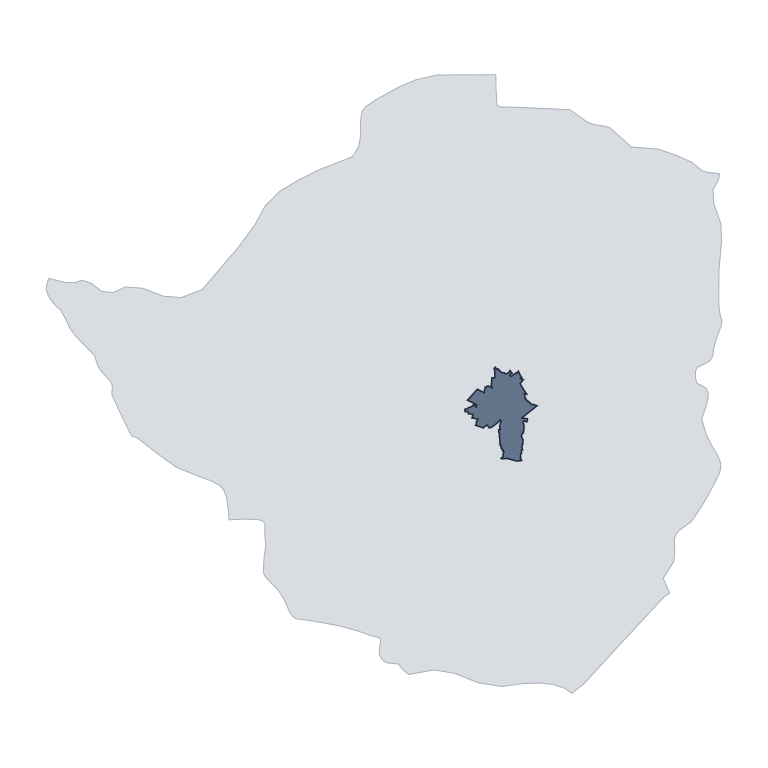 location of Chirumhanzu, Midlands, Zimbabwe
{"feature_id": "62879985B8175030067165", "entity_name": "Chirumhanzu", "entity_type": "district", "adm_level": 2, "iso_a3": "ZWE", "parent_name": "Zimbabwe", "parent_adm1": "Midlands", "projection": "orthographic", "projection_center": [30.527, -19.353], "detail": "fine", "context": "in_parent", "style": "filled", "palette": "slate", "viewbox_px": 768, "rotation_deg": 0, "n_neighbors": 0, "source": "geoboundaries", "source_scale": "gbopen_adm2", "svg_char_len": 7369}
<svg xmlns="http://www.w3.org/2000/svg" viewBox="0 0 768 768"><path d="M571.8,693.3L564.1,688.0L553.6,684.6L540.3,683.0L523.0,683.6L501.7,686.5L478.9,683.0L454.4,673.3L434.1,669.9L409.9,674.3L408.9,674.4L404.6,671.2L398.0,664.0L386.9,662.9L383.9,661.2L381.4,658.6L379.7,655.2L379.1,651.4L380.8,639.7L379.8,638.3L376.8,637.0L370.7,635.6L356.1,630.4L337.6,625.5L307.8,620.2L296.2,618.8L293.5,617.1L290.0,612.9L284.1,599.4L278.6,590.6L265.5,577.0L263.3,572.8L263.8,561.8L264.6,553.0L265.8,545.5L265.1,538.5L264.7,529.8L265.1,523.9L263.3,521.4L258.6,519.7L245.2,519.1L229.1,519.8L228.4,510.9L226.6,497.3L223.4,489.4L219.6,485.4L212.1,481.3L197.0,475.7L176.3,467.2L158.5,454.4L138.0,438.5L131.6,435.8L123.8,420.6L111.8,394.5L112.4,385.7L110.5,381.5L99.2,368.8L96.6,362.1L94.4,355.4L76.4,336.9L70.2,328.8L65.3,318.3L60.6,309.9L56.6,306.6L51.5,301.0L47.8,294.5L46.1,289.6L47.2,283.0L48.8,278.4L65.7,282.6L74.8,282.7L81.9,280.2L90.9,283.1L101.6,291.3L113.2,292.7L125.5,287.0L142.4,288.2L163.8,296.3L181.4,297.6L202.2,289.6L220.5,268.1L237.8,248.0L254.8,224.9L265.0,206.2L280.1,191.0L300.3,179.1L320.8,169.1L352.4,156.8L358.6,146.8L360.6,136.0L360.5,121.1L362.1,111.3L365.3,106.9L370.6,103.4L377.4,98.9L398.2,87.3L415.7,79.9L437.1,75.0L460.5,74.9L483.0,74.8L495.8,74.7L496.0,89.1L497.0,105.3L499.5,106.9L516.4,107.3L543.6,108.5L569.8,109.6L586.4,121.5L592.0,124.0L609.4,127.3L631.4,147.0L658.0,149.1L676.3,155.4L692.3,162.4L701.6,170.5L707.5,172.4L715.6,173.1L719.6,173.9L718.6,179.8L713.1,189.5L713.7,203.6L720.8,223.3L721.6,240.3L719.0,270.3L718.7,299.3L719.3,309.7L720.4,316.6L721.9,320.4L721.6,324.7L717.0,336.8L713.3,349.6L713.1,354.8L711.7,358.3L709.1,361.5L697.5,367.3L695.5,370.9L695.5,377.6L696.8,383.2L701.1,385.3L706.3,388.5L708.2,392.7L708.2,397.1L706.5,405.2L701.7,418.7L706.1,434.2L711.1,444.4L718.0,456.1L720.8,463.3L720.6,468.5L719.4,473.5L708.6,494.6L700.8,507.7L691.3,521.7L678.9,530.5L675.7,534.7L674.4,539.6L674.7,550.2L674.0,561.3L663.3,578.2L669.6,593.0L668.1,594.3L664.6,596.4L649.4,612.7L634.0,629.3L622.8,641.4L610.1,655.2L595.9,670.7L583.8,683.9L571.8,693.3Z" fill="#d9dde1" stroke="#a8b0b8" stroke-width="1"/><path d="M510.0,370.5L509.7,371.0L509.1,371.8L508.8,372.3L508.2,372.8L507.6,373.5L507.2,373.5L506.7,373.6L506.2,373.6L505.7,373.7L505.4,373.7L505.2,373.6L505.0,373.4L504.9,373.2L504.5,372.9L504.2,372.7L503.7,372.6L503.2,372.9L502.4,372.6L501.9,372.5L501.3,372.0L501.1,372.0L500.6,372.0L500.4,371.9L500.3,371.7L500.1,371.0L499.8,370.6L499.5,370.3L498.9,370.0L498.6,369.5L498.2,369.0L497.7,369.4L497.5,369.5L497.4,369.4L497.4,369.1L497.1,368.8L496.8,368.7L496.6,368.9L496.5,369.0L495.9,368.6L495.8,368.4L495.6,367.4L495.5,367.2L495.4,367.3L495.1,368.0L494.9,368.0L494.5,368.0L494.4,368.1L494.1,368.2L494.1,368.3L494.9,372.8L494.8,373.6L494.9,374.1L494.8,374.9L494.8,377.4L494.8,377.8L493.6,377.9L492.1,377.7L491.9,377.7L491.8,378.3L491.7,380.9L491.5,382.6L491.2,385.0L491.9,387.7L491.4,387.3L491.2,386.9L490.7,386.8L490.3,386.8L489.9,386.7L489.5,386.7L489.3,386.6L489.1,386.3L488.8,386.1L488.6,386.1L488.2,386.0L488.2,386.3L486.9,386.3L486.6,387.0L485.2,387.0L485.2,387.5L485.1,387.9L485.1,388.0L485.2,388.3L484.4,390.2L484.4,390.4L484.4,390.9L484.2,391.4L484.1,391.6L484.3,392.2L484.2,392.8L477.4,389.2L473.2,393.8L471.4,395.9L469.8,397.5L468.6,399.0L467.4,400.2L472.8,402.8L475.0,403.9L476.6,404.7L476.2,406.9L473.5,404.7L471.7,406.5L470.9,406.8L468.0,407.9L467.3,408.9L465.4,409.1L464.9,409.2L465.0,411.7L468.3,411.6L468.2,413.7L473.1,414.5L471.9,418.0L472.8,418.1L472.8,417.9L473.1,417.6L475.1,418.6L476.5,419.0L476.8,419.1L478.0,419.1L477.0,421.6L476.3,421.6L476.4,423.6L475.7,424.8L475.5,425.3L479.9,426.7L482.0,427.5L483.1,428.0L483.5,427.7L484.0,427.3L487.0,425.0L489.3,427.9L491.1,427.5L494.1,425.5L497.1,423.1L500.2,419.8L500.3,419.9L501.0,420.7L500.8,421.1L501.0,421.5L500.8,422.1L500.8,422.6L500.5,422.9L500.2,423.0L500.3,423.4L500.2,423.7L500.2,424.0L499.9,424.9L499.9,425.5L500.0,425.6L499.8,426.2L499.6,426.7L499.8,427.1L499.9,427.7L499.7,428.0L499.8,428.4L500.0,428.4L500.2,428.8L500.3,429.3L500.1,429.4L500.0,429.5L499.3,429.7L499.5,429.8L499.0,430.0L498.8,430.3L499.0,430.7L498.9,430.8L498.8,431.1L498.8,431.3L498.8,431.7L498.8,431.8L498.7,431.8L498.8,432.1L498.9,432.3L499.0,432.5L498.9,432.7L499.2,432.9L499.5,433.2L499.5,433.7L499.4,433.9L499.4,434.1L499.7,434.3L499.5,435.3L499.2,435.8L499.4,436.3L499.5,437.5L499.9,438.1L499.8,438.4L499.8,438.7L499.9,439.0L499.8,439.5L499.8,439.8L499.7,440.1L499.7,440.5L499.9,440.8L499.9,441.0L500.0,441.4L499.9,441.7L500.0,442.1L500.2,442.3L500.0,442.8L500.0,443.0L500.2,443.3L499.9,443.6L499.7,443.9L500.1,444.2L500.2,444.7L500.3,444.9L500.2,445.1L500.3,445.2L500.4,445.3L500.4,445.5L500.5,445.6L500.7,445.8L501.3,445.9L501.3,446.0L501.2,446.3L501.3,446.9L501.2,447.2L501.0,447.5L501.0,447.9L501.3,448.2L501.6,448.3L501.9,448.4L501.9,448.5L502.0,448.8L502.2,449.1L502.0,449.4L502.2,449.7L502.3,449.7L502.5,449.7L502.7,449.8L503.2,450.0L503.2,450.3L503.0,450.7L502.9,450.9L503.0,450.9L503.2,451.0L503.3,451.2L503.6,451.5L503.7,451.9L503.8,451.9L504.0,452.0L503.8,452.5L503.5,452.6L503.4,452.8L503.2,453.5L503.1,454.2L503.0,454.4L503.1,454.5L503.0,454.8L503.3,455.3L503.3,455.6L503.1,456.4L502.8,456.7L502.5,456.9L502.4,457.2L502.2,457.4L502.3,457.5L502.5,457.7L502.6,457.9L502.6,458.0L502.4,458.2L502.2,458.3L502.0,458.2L501.6,458.0L501.5,457.9L501.3,458.0L501.1,458.3L501.4,458.4L501.4,458.6L501.6,458.7L502.4,458.9L505.0,458.7L506.9,458.4L516.6,461.1L521.1,460.7L521.1,460.4L521.3,460.3L521.6,460.2L521.6,459.8L521.4,459.7L521.1,459.5L520.6,459.3L520.3,458.9L520.4,458.3L520.5,458.0L520.5,457.8L520.5,457.7L520.8,457.5L520.8,457.3L520.6,457.2L520.4,456.7L520.3,456.3L520.4,456.1L520.6,456.0L520.6,455.9L520.4,455.4L520.5,455.0L520.6,454.8L520.6,454.6L520.8,454.4L520.9,454.1L520.8,453.8L520.8,453.7L521.0,453.5L521.4,453.4L521.6,453.3L521.6,453.2L521.6,452.6L521.3,451.3L521.3,451.2L521.4,450.6L521.4,450.3L521.6,450.1L521.9,449.9L522.2,450.0L522.7,449.9L522.2,448.6L522.2,448.0L521.9,447.6L522.0,446.2L522.0,445.1L522.8,444.7L522.8,442.1L523.1,440.1L522.0,437.3L521.2,435.6L521.8,434.9L522.1,433.9L523.4,433.0L523.1,432.5L523.1,432.0L523.6,431.1L523.9,430.3L524.0,429.5L524.0,427.5L523.9,427.5L523.9,424.3L523.1,423.6L523.2,423.3L523.3,422.4L523.5,421.1L525.6,421.5L526.9,421.9L527.0,420.5L527.5,419.8L527.1,419.1L527.3,418.7L526.5,418.6L521.9,418.1L522.2,417.6L537.1,405.7L534.9,405.0L533.6,404.2L531.7,404.7L531.5,404.4L531.3,404.1L531.0,403.9L530.9,403.8L530.6,403.6L530.3,403.3L530.3,403.1L530.2,403.0L529.9,403.0L529.7,402.8L529.7,402.7L529.6,402.3L529.3,402.3L529.2,402.2L528.8,402.0L528.7,401.8L528.7,401.6L528.4,401.5L528.2,401.6L527.9,401.4L527.9,401.0L527.8,400.8L527.2,400.7L526.8,400.5L526.8,400.1L526.7,400.0L526.2,399.6L526.1,399.4L526.0,399.1L525.7,398.6L525.6,398.3L525.2,398.4L525.3,398.2L524.4,393.9L524.6,394.0L524.8,393.9L525.1,394.0L525.3,394.0L525.5,394.1L525.8,393.7L526.2,393.7L526.6,393.9L526.4,393.5L525.7,392.5L523.9,389.9L520.1,383.7L521.8,381.5L523.4,379.7L520.4,378.5L521.2,377.9L521.3,378.0L521.7,378.0L521.9,377.8L522.0,377.6L521.7,377.4L520.5,375.6L520.1,374.9L520.0,374.6L518.4,371.2L516.8,373.4L516.4,372.7L514.2,374.1L513.3,374.8L512.4,375.5L511.5,376.4L511.2,376.3L510.5,375.9L510.2,375.7L510.1,375.4L509.8,375.4L509.7,375.2L509.8,375.0L512.1,373.2L510.7,371.4L510.4,371.1L510.0,370.5Z" fill="#64748b" stroke="#1e293b" stroke-width="1.5"/></svg>